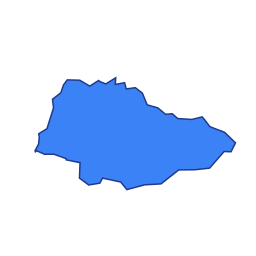 Howard, Maryland, United States of America (orthographic projection), rotated 159°
{"feature_id": "52423323B13837989487105", "entity_name": "Howard", "entity_type": "district", "adm_level": 2, "iso_a3": "USA", "parent_name": "United States of America", "parent_adm1": "Maryland", "projection": "orthographic", "projection_center": [-76.918, 39.236], "detail": "fine", "context": "isolated", "style": "filled", "palette": "blue", "viewbox_px": 256, "rotation_deg": 159, "n_neighbors": 0, "source": "geoboundaries", "source_scale": "gbopen_adm2", "svg_char_len": 797}
<svg xmlns="http://www.w3.org/2000/svg" viewBox="0 0 256 256"><g transform="rotate(159 128 128)"><path d="M151.1,70.9L132.9,69.0L117.2,64.0L95.7,70.7L80.3,65.0L66.2,61.3L46.7,71.6L40.4,68.9L40.1,69.1L33.0,75.6L39.4,89.4L51.1,99.9L53.3,107.6L54.8,111.8L65.3,113.1L78.2,119.0L81.6,125.5L88.0,127.3L92.9,136.0L101.8,142.8L102.1,155.4L106.7,163.0L115.6,165.1L115.0,171.5L124.2,173.2L121.5,179.3L132.9,177.1L137.4,181.2L138.4,182.9L148.7,180.8L155.9,189.9L167.5,194.7L172.8,191.3L178.0,185.0L188.2,181.9L190.3,173.5L203.9,156.4L213.4,154.6L214.1,151.3L217.2,145.1L222.9,140.1L223.0,139.0L221.5,139.5L215.2,133.3L213.0,132.5L206.5,130.0L196.8,121.6L197.1,120.4L185.2,112.8L191.3,98.6L185.1,88.9L174.1,86.6L169.7,90.3L154.2,80.2L151.1,70.9Z" fill="#3b82f6" stroke="#1e3a8a" stroke-width="1.5"/></g></svg>